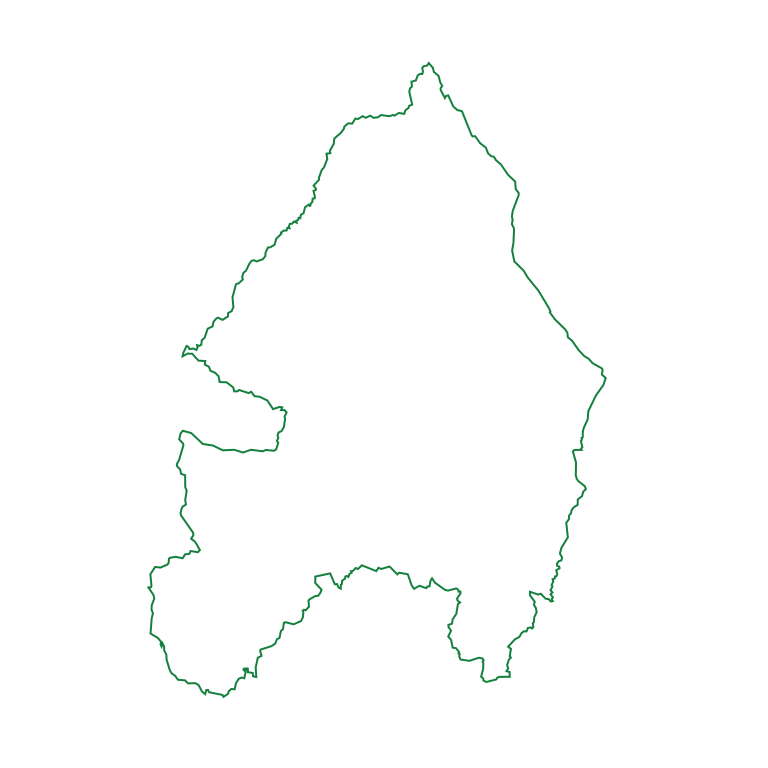 Wonosobo, Jawa Tengah, Indonesia, rotated 4°
{"feature_id": "22746128B92173297199140", "entity_name": "Wonosobo", "entity_type": "district", "adm_level": 2, "iso_a3": "IDN", "parent_name": "Indonesia", "parent_adm1": "Jawa Tengah", "projection": "natural_earth1", "projection_center": [109.905, -7.4], "detail": "fine", "context": "isolated", "style": "outline", "palette": "green", "viewbox_px": 768, "rotation_deg": 4, "n_neighbors": 0, "source": "geoboundaries", "source_scale": "gbopen_adm2", "svg_char_len": 6141}
<svg xmlns="http://www.w3.org/2000/svg" viewBox="0 0 768 768"><g transform="rotate(4 384 384)"><path d="M182.9,478.4L183.3,480.4L186.6,483.4L187.9,487.8L192.0,488.9L192.9,500.7L194.6,504.2L193.8,513.6L194.8,518.1L191.6,520.4L190.6,523.3L190.0,527.1L190.8,529.4L203.9,545.6L204.4,548.1L202.4,551.8L206.7,554.7L211.9,562.4L210.1,564.8L202.7,564.1L201.7,567.0L197.5,567.8L195.2,571.9L188.3,570.9L182.7,572.3L181.7,573.1L181.6,577.7L180.4,579.3L173.9,582.7L168.4,582.5L164.2,590.1L166.1,601.6L165.7,603.0L163.2,603.4L168.7,610.5L169.8,614.0L167.8,620.8L167.8,625.2L169.5,628.8L168.6,633.9L168.5,649.2L176.3,653.2L179.7,656.9L179.2,659.1L180.4,661.4L181.1,658.1L183.0,661.2L183.2,664.8L185.7,669.0L186.4,674.2L190.1,684.0L192.1,687.2L196.0,689.7L199.1,693.4L206.1,693.5L209.4,696.3L216.7,695.6L220.0,697.2L223.9,703.5L227.3,705.8L228.0,701.9L229.7,701.4L231.0,703.7L244.5,705.4L245.7,707.3L250.1,703.9L250.4,701.6L252.9,698.8L256.3,699.0L257.2,692.8L259.6,688.3L262.1,686.8L265.2,687.3L266.1,680.8L263.8,678.8L264.0,677.8L267.0,677.4L266.3,679.1L268.1,678.2L268.4,681.0L273.2,681.4L273.7,684.7L277.0,685.2L275.8,675.7L277.2,665.9L280.8,663.7L279.0,658.8L279.5,657.5L289.9,653.4L293.6,650.6L295.0,646.1L297.4,644.7L298.4,637.6L300.3,635.5L300.8,629.2L302.3,628.5L310.7,630.0L317.8,626.2L319.4,622.1L319.5,617.2L318.7,616.0L319.9,614.8L321.6,615.2L324.7,611.3L323.8,605.6L324.5,604.2L330.1,600.4L333.1,599.9L335.2,596.5L336.1,593.6L329.3,587.3L328.9,580.9L343.5,576.7L348.9,587.2L351.0,586.8L352.8,590.1L355.2,591.2L354.9,587.4L356.0,586.4L356.0,583.2L358.7,580.8L358.9,578.7L360.7,578.1L361.9,579.0L362.8,576.0L364.9,574.5L364.1,573.1L366.2,572.5L368.7,569.5L371.0,570.4L374.5,566.4L389.4,571.2L391.3,567.7L394.1,568.7L402.3,565.7L410.6,573.0L412.2,571.2L421.0,572.1L425.6,582.9L428.3,586.2L433.4,582.8L440.4,584.7L441.4,583.0L443.5,582.7L444.2,576.7L445.5,574.5L448.6,578.6L459.4,585.2L462.4,585.6L470.3,582.9L472.5,584.1L472.8,585.9L474.6,585.7L475.0,587.4L471.8,593.1L472.5,594.9L475.1,596.7L473.1,598.3L472.2,608.2L468.9,614.0L468.6,618.3L465.0,619.9L465.4,622.1L468.1,625.5L465.7,631.4L468.8,634.6L470.9,642.2L474.2,642.5L477.6,646.1L477.1,647.6L478.4,648.2L478.0,650.3L479.5,653.5L488.5,654.2L497.6,650.5L501.5,651.0L502.7,653.0L501.7,654.1L502.6,655.7L502.8,661.3L501.3,669.2L503.5,670.8L503.9,672.9L506.9,674.1L516.6,670.9L517.7,668.8L519.6,668.1L529.9,667.3L529.4,662.5L526.3,662.0L527.7,658.8L526.4,655.8L527.8,650.3L529.6,648.0L528.4,647.0L529.1,639.3L526.1,637.4L532.6,629.4L536.6,627.0L538.7,622.7L541.1,620.8L543.4,620.9L544.6,617.3L547.6,616.6L548.8,617.6L550.0,615.9L549.1,612.4L550.1,611.3L550.2,606.0L552.2,601.0L551.1,596.8L548.9,593.7L549.6,590.7L544.3,584.5L544.1,581.1L552.5,583.3L555.1,582.3L560.2,586.9L563.3,587.1L565.5,589.3L567.5,588.8L566.3,586.9L567.4,585.0L564.8,582.2L566.6,580.1L564.5,578.2L566.2,574.1L565.2,573.0L566.6,569.3L565.8,566.9L567.8,566.2L568.2,563.9L569.4,563.8L570.1,561.7L568.8,557.8L572.0,555.6L571.6,554.0L569.5,553.4L569.1,551.1L570.6,548.7L573.2,547.6L573.8,544.8L571.3,540.8L572.4,535.1L578.1,524.1L575.5,509.8L577.9,505.9L577.8,502.4L579.6,499.8L579.9,497.0L581.8,493.8L585.6,491.1L585.4,485.6L589.3,482.1L590.3,477.5L592.7,474.8L591.5,472.0L584.6,467.3L582.8,465.0L581.7,461.7L581.0,448.8L577.1,438.1L578.6,436.5L585.7,436.0L585.0,434.9L586.3,433.1L584.4,427.1L585.3,425.7L584.8,424.2L586.0,423.3L585.6,417.5L586.5,413.4L589.7,405.1L589.7,396.9L596.2,380.7L602.9,369.7L604.8,362.6L600.7,359.4L601.1,354.4L600.0,353.1L590.8,348.8L586.2,344.4L582.0,342.3L576.0,336.8L568.4,327.5L564.2,324.7L563.4,320.3L561.2,317.1L549.9,307.5L544.4,300.9L545.0,300.2L543.5,297.2L531.7,280.3L520.1,267.9L515.3,261.1L505.5,252.7L502.5,242.0L503.3,233.9L502.9,219.9L500.4,215.6L500.9,211.7L499.9,207.8L500.4,202.1L505.2,186.1L505.0,184.0L501.8,180.4L500.7,172.9L493.0,166.5L485.5,157.0L480.1,152.9L477.8,149.7L475.0,149.2L471.7,146.6L469.1,141.1L463.0,137.0L457.7,130.5L455.1,130.8L454.1,129.8L442.7,106.4L438.1,105.6L433.8,102.4L427.9,91.6L425.6,92.5L424.8,94.5L420.1,86.9L419.8,85.2L421.3,82.5L419.2,79.5L417.0,72.9L411.9,69.1L410.8,65.3L406.3,60.7L404.7,63.4L401.4,64.3L400.1,66.0L401.1,69.7L400.5,72.1L398.4,72.1L396.1,73.8L394.6,79.0L390.3,80.5L391.1,85.3L389.4,87.2L388.8,90.6L392.6,103.4L389.7,104.7L389.1,107.1L386.3,109.4L385.3,113.1L379.9,112.6L375.8,115.5L374.2,115.0L370.7,116.5L362.4,115.9L359.3,118.3L355.1,119.2L351.5,117.3L347.3,119.7L344.0,118.3L339.6,121.5L336.9,121.2L334.1,126.5L330.0,126.5L326.4,130.1L326.3,132.0L323.6,136.3L317.3,142.6L317.1,148.0L313.7,155.2L314.4,157.5L310.6,158.2L311.7,163.6L308.9,172.4L307.0,174.8L304.7,182.8L305.0,184.7L299.9,191.0L302.6,194.0L302.4,195.2L300.2,196.2L302.1,202.4L301.8,203.7L299.9,204.0L299.8,207.3L298.2,209.4L298.2,211.0L297.6,211.5L296.4,210.3L292.9,213.2L291.9,219.1L289.2,221.1L288.9,224.5L287.2,224.3L286.9,226.3L285.0,227.4L285.6,229.2L282.8,228.2L281.3,230.4L278.9,230.9L278.1,233.6L278.9,235.2L276.7,235.0L276.1,237.7L273.2,238.0L270.7,240.1L271.2,241.2L266.4,246.6L265.1,252.7L261.0,255.6L258.7,255.9L256.7,261.1L256.7,264.7L254.5,267.9L248.5,270.6L245.3,269.6L243.2,270.5L241.1,273.8L238.4,280.7L236.1,282.8L235.0,287.1L235.9,289.5L232.4,293.4L229.4,294.9L226.8,308.0L228.4,317.7L226.9,322.0L223.6,324.0L223.6,327.5L218.5,331.3L213.8,329.4L212.2,330.3L209.6,333.8L208.9,338.6L204.3,341.1L201.8,350.5L199.2,353.0L199.0,357.6L197.3,358.8L194.8,358.3L195.5,360.6L194.5,363.1L191.1,361.9L187.5,362.8L186.2,360.5L184.4,359.9L181.6,367.0L181.2,370.4L185.8,367.4L190.6,367.2L197.3,373.6L204.1,373.6L203.9,377.1L208.2,379.1L209.9,382.9L214.8,384.6L218.4,387.8L219.9,393.5L226.9,393.3L233.9,398.0L235.1,401.8L238.4,401.5L239.8,400.1L249.6,402.5L252.1,401.0L255.7,405.2L260.8,405.4L268.8,408.6L275.1,416.8L281.6,414.1L284.1,414.4L283.1,417.2L286.5,416.9L288.8,419.0L287.1,423.4L287.8,425.6L287.1,434.0L285.1,438.1L282.2,439.7L281.4,442.6L282.3,445.3L281.1,448.3L282.6,450.1L281.0,456.8L278.8,458.3L270.7,458.0L267.8,459.6L255.8,458.9L248.2,462.2L239.2,460.1L227.8,461.4L217.7,457.3L207.5,456.5L195.0,446.3L186.5,444.7L184.5,447.7L183.5,453.5L187.7,457.4L188.2,459.0L184.9,474.0L182.9,478.4Z" fill="none" stroke="#15803d" stroke-width="2"/></g></svg>